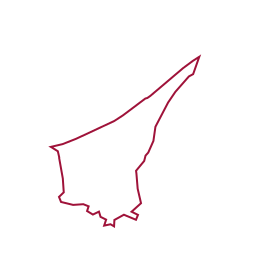 New Hanover, North Carolina, United States of America (Mercator projection), rotated 212°
{"feature_id": "52423323B24644642941407", "entity_name": "New Hanover", "entity_type": "district", "adm_level": 2, "iso_a3": "USA", "parent_name": "United States of America", "parent_adm1": "North Carolina", "projection": "mercator", "projection_center": [-77.907, 34.159], "detail": "fine", "context": "isolated", "style": "outline", "palette": "rose", "viewbox_px": 256, "rotation_deg": 212, "n_neighbors": 0, "source": "geoboundaries", "source_scale": "gbopen_adm2", "svg_char_len": 724}
<svg xmlns="http://www.w3.org/2000/svg" viewBox="0 0 256 256"><g transform="rotate(212 128 128)"><path d="M72.6,54.4L73.5,59.6L80.6,58.9L77.1,71.1L87.6,81.6L96.7,93.8L98.5,96.0L96.8,108.6L98.5,113.9L97.8,117.9L99.6,130.5L105.4,143.6L107.5,170.9L107.0,183.8L103.7,204.0L101.3,208.2L105.3,226.2L108.6,219.2L113.0,208.0L126.1,167.0L127.5,163.7L128.9,162.2L139.0,136.0L143.4,126.6L166.2,91.5L166.4,91.2L174.9,79.7L183.4,71.1L175.2,71.1L170.7,66.6L170.6,66.2L156.5,50.6L148.4,39.4L150.0,33.0L145.6,29.8L133.8,33.7L125.5,39.7L119.9,40.7L118.7,35.9L111.9,36.0L108.3,41.7L104.2,38.1L98.0,38.7L96.5,32.6L91.8,37.1L87.7,37.2L90.8,42.8L85.5,52.3L82.2,52.8L81.8,52.9L72.6,54.4Z" fill="none" stroke="#9f1239" stroke-width="2"/></g></svg>